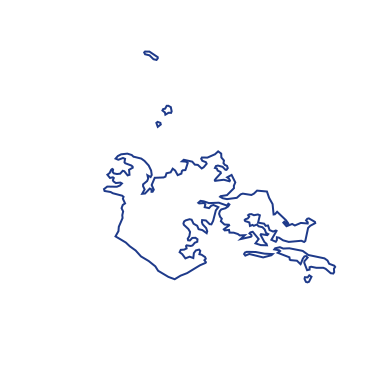 outline of Kangryong, Hwanghae-namdo, North Korea, rotated 238°
{"feature_id": "82179303B5734042978537", "entity_name": "Kangryong", "entity_type": "district", "adm_level": 2, "iso_a3": "PRK", "parent_name": "North Korea", "parent_adm1": "Hwanghae-namdo", "projection": "orthographic", "projection_center": [125.504, 37.845], "detail": "fine", "context": "isolated", "style": "outline", "palette": "blue", "viewbox_px": 384, "rotation_deg": 238, "n_neighbors": 0, "source": "geoboundaries", "source_scale": "gbopen_adm2", "svg_char_len": 5314}
<svg xmlns="http://www.w3.org/2000/svg" viewBox="0 0 384 384"><g transform="rotate(238 192 192)"><path d="M124.7,165.9L125.1,166.6L127.6,166.4L128.1,168.3L129.9,168.6L133.7,166.9L135.3,165.3L137.7,167.8L139.4,167.5L140.4,164.3L139.2,161.2L136.4,159.0L135.3,158.1L138.4,155.7L139.2,151.2L144.5,150.8L147.5,149.6L148.9,151.8L147.3,154.8L147.0,157.5L149.3,158.3L149.6,159.2L146.9,162.3L146.4,164.1L147.5,167.5L147.0,170.1L149.0,171.6L151.3,170.7L152.9,167.9L152.0,164.5L153.1,163.1L154.6,163.6L156.0,166.4L158.7,168.8L159.2,169.2L162.6,169.3L168.5,167.7L169.9,168.1L171.2,169.7L171.3,171.6L170.2,175.5L168.7,177.0L164.3,176.5L160.6,178.5L157.0,177.9L154.2,180.6L149.3,182.6L150.6,184.1L153.9,184.9L158.9,183.9L161.2,184.4L162.8,185.7L160.5,188.7L155.4,189.9L154.3,191.3L156.3,194.6L163.8,202.5L164.7,205.1L165.2,206.3L169.6,203.3L170.2,201.1L169.3,197.9L172.4,194.7L174.5,196.8L176.3,196.3L178.5,192.0L179.5,191.6L180.0,194.5L177.9,197.0L173.6,200.5L168.7,209.1L162.0,214.4L162.8,216.6L161.6,217.1L160.6,215.0L160.5,211.7L161.7,207.6L161.0,205.4L159.1,203.4L156.0,202.7L153.6,203.1L151.9,201.0L147.2,202.3L144.7,205.9L144.0,205.8L143.7,201.9L143.5,199.2L142.1,199.4L140.2,203.3L137.7,202.3L135.4,205.8L132.1,208.6L129.9,209.5L127.4,213.9L126.3,208.3L122.8,218.2L123.1,219.2L124.2,219.6L126.4,218.8L126.8,220.1L126.1,222.4L116.8,223.6L115.4,220.1L114.8,218.6L110.5,222.2L107.1,227.3L108.6,227.7L111.2,226.9L119.3,227.4L119.7,228.2L115.5,233.0L115.9,234.3L118.0,233.1L121.6,233.8L124.8,233.1L127.6,230.3L130.0,229.8L130.6,226.5L132.0,225.9L132.5,223.2L135.8,224.5L138.3,222.4L139.1,221.7L140.3,221.8L140.6,222.8L140.0,225.3L140.7,227.4L142.6,227.3L142.7,228.8L141.7,230.7L139.5,232.2L138.0,236.0L136.3,237.2L131.0,231.8L126.9,236.4L124.3,236.5L123.3,238.7L118.6,237.6L115.5,239.8L114.9,242.7L114.2,243.1L109.4,234.0L108.8,234.4L105.4,236.7L106.2,238.4L108.6,240.0L107.1,241.6L102.8,243.6L98.4,247.6L92.7,258.9L90.2,260.6L90.4,262.1L100.0,271.4L100.7,274.4L100.3,280.0L101.5,280.4L103.8,279.2L107.7,277.1L108.2,275.6L107.5,273.7L104.9,274.1L104.0,273.4L108.1,267.9L109.1,261.5L111.8,260.0L112.9,254.0L117.6,253.2L117.9,254.5L115.1,255.3L114.1,256.2L114.4,257.0L118.4,256.7L130.1,253.7L129.3,250.9L129.2,250.4L129.7,249.3L139.0,253.9L146.2,254.3L152.7,255.8L158.7,247.9L157.8,243.6L158.0,240.8L163.7,234.2L164.2,232.0L163.3,226.9L165.6,221.9L167.4,217.9L170.5,214.7L173.1,213.3L173.3,214.1L170.8,220.0L173.0,229.6L175.1,230.8L177.2,233.8L185.5,234.6L185.8,229.6L184.0,230.4L181.7,230.3L181.2,229.5L185.5,225.5L187.8,220.6L189.2,217.5L190.0,217.6L190.7,219.3L192.7,226.5L193.8,226.8L196.6,225.1L198.7,225.5L200.2,224.2L201.3,226.0L200.7,228.0L197.1,231.3L193.2,232.1L192.5,233.0L193.3,235.0L195.6,235.5L197.6,234.2L199.8,234.0L201.8,235.8L205.7,235.2L209.1,237.1L212.6,235.7L211.8,231.4L211.9,231.0L213.0,223.3L216.0,218.7L215.3,217.4L213.0,217.3L209.9,219.6L208.2,219.4L206.8,215.0L206.8,212.7L211.9,211.3L213.7,208.9L217.6,208.3L223.7,202.1L223.3,199.8L221.0,202.9L218.9,203.8L215.1,199.3L214.1,198.0L215.3,195.7L215.1,194.5L213.2,192.7L213.9,188.8L219.1,189.1L222.0,188.0L220.0,184.3L221.4,180.3L219.1,177.6L219.4,175.6L223.8,167.9L219.3,161.5L214.2,160.8L213.1,158.7L213.6,157.8L215.8,159.0L217.3,158.0L217.1,157.3L215.6,151.4L216.9,148.8L219.3,153.2L222.9,153.6L224.4,154.6L225.1,159.8L226.7,162.0L229.8,163.1L226.6,164.8L227.8,166.9L231.9,168.7L237.4,169.3L243.5,168.2L247.2,166.7L252.7,161.4L252.9,161.1L255.3,160.5L258.8,157.5L261.5,151.9L261.8,148.1L260.8,144.9L258.4,146.6L257.4,151.5L255.6,152.8L253.0,150.5L251.8,150.6L246.6,154.6L245.0,155.1L244.0,154.6L244.2,150.4L239.7,148.1L240.2,146.2L245.5,145.6L246.7,144.5L246.2,142.8L245.6,140.8L247.0,137.9L249.2,135.6L251.0,135.3L252.9,137.0L253.8,136.6L253.7,135.3L251.7,132.1L251.5,129.4L247.4,129.9L246.4,132.7L245.3,133.1L244.0,131.2L242.7,131.0L240.0,132.1L237.9,136.3L236.4,137.1L235.7,134.3L236.3,131.0L241.5,123.0L241.1,118.9L239.2,118.4L235.1,123.0L232.9,124.2L225.9,130.8L224.2,131.4L222.9,129.8L217.8,129.2L217.7,126.4L215.6,123.7L212.0,123.3L209.3,120.6L206.7,119.3L201.3,111.5L197.8,108.9L194.9,103.6L189.5,106.4L184.2,109.1L178.9,110.5L172.3,113.2L164.4,114.6L156.4,118.7L148.4,121.5L143.2,121.5L132.5,127.0L127.2,131.1L127.1,138.0L125.8,144.9L125.7,154.6L125.6,160.2L124.7,165.9ZM100.2,232.7L99.7,231.4L96.4,235.0L95.3,235.4L95.0,232.5L85.0,240.0L82.8,239.1L82.0,239.5L78.1,244.6L73.2,245.8L73.3,246.0L76.7,250.6L77.8,253.2L77.2,254.8L75.1,255.3L73.8,250.8L72.5,249.7L64.7,248.2L63.9,250.6L65.9,251.9L65.5,253.4L61.8,257.3L58.1,263.2L56.1,264.6L49.6,266.6L48.0,268.6L48.7,270.1L51.7,271.7L52.6,273.7L54.1,273.6L58.4,270.3L62.1,270.6L65.5,269.2L76.9,257.3L83.3,254.7L84.5,253.5L92.7,244.7L95.7,239.4L98.6,237.3L100.2,232.7ZM101.3,220.8L107.3,214.3L112.2,206.8L112.6,204.9L111.8,203.3L109.8,203.5L109.1,207.7L98.8,217.7L96.3,225.8L96.6,227.5L101.3,220.8ZM276.8,210.1L273.8,211.2L271.7,210.4L271.6,214.2L270.2,216.2L271.2,217.5L275.2,219.0L277.7,217.6L278.5,216.2L276.9,213.4L277.6,211.4L276.8,210.1ZM333.6,230.3L336.0,226.6L335.7,225.4L333.7,225.2L330.4,228.4L325.0,229.7L322.8,231.9L323.5,233.8L324.5,234.4L333.6,230.3ZM59.2,247.3L58.3,244.8L59.9,242.6L58.7,241.4L55.4,241.0L54.2,242.0L53.9,243.7L56.8,248.4L59.2,247.3ZM269.7,200.0L269.5,198.4L265.4,197.5L265.8,201.3L267.4,201.8L269.7,200.0Z" fill="none" stroke="#1e3a8a" stroke-width="2"/></g></svg>